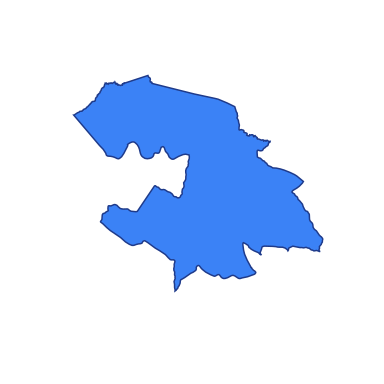 the district of Turkana South, Rift Valley, Kenya, rotated 118°
{"feature_id": "3690345B86728655085245", "entity_name": "Turkana South", "entity_type": "district", "adm_level": 2, "iso_a3": "KEN", "parent_name": "Kenya", "parent_adm1": "Rift Valley", "projection": "mercator", "projection_center": [35.73, 2.378], "detail": "fine", "context": "isolated", "style": "filled", "palette": "blue", "viewbox_px": 384, "rotation_deg": 118, "n_neighbors": 0, "source": "geoboundaries", "source_scale": "gbopen_adm2", "svg_char_len": 6085}
<svg xmlns="http://www.w3.org/2000/svg" viewBox="0 0 384 384"><g transform="rotate(118 192 192)"><path d="M109.8,285.6L127.0,302.1L127.4,303.1L128.1,302.8L129.0,304.1L129.4,303.8L129.9,303.9L130.3,303.7L130.6,304.5L131.4,304.9L131.7,306.6L132.2,307.2L131.8,307.6L132.3,308.0L131.4,309.1L131.6,309.8L132.4,309.8L132.4,310.0L131.9,310.5L131.7,311.3L131.2,311.5L131.0,311.8L131.7,311.8L132.1,312.7L133.5,313.3L133.5,314.3L134.1,314.6L134.1,315.4L134.5,315.6L135.0,316.5L135.6,316.4L135.4,316.8L135.6,317.1L136.1,317.2L136.1,317.5L136.5,317.8L136.0,318.9L136.3,319.2L136.7,319.1L136.7,319.6L137.1,319.4L137.8,319.7L140.4,319.0L141.0,319.4L141.6,319.4L142.1,320.0L143.0,320.2L143.9,320.3L144.3,320.0L144.9,319.9L146.6,320.2L147.4,319.8L149.5,320.6L150.0,320.4L150.6,321.0L151.1,321.1L151.6,320.6L152.7,320.6L153.2,320.9L154.5,321.1L156.8,320.3L157.2,320.6L157.6,320.6L158.8,322.3L159.5,322.5L159.8,322.9L160.9,322.8L161.8,323.3L162.1,323.1L164.0,323.8L165.9,324.2L166.6,324.8L168.1,324.9L170.1,326.6L170.7,326.5L171.7,327.1L172.4,327.1L173.3,328.8L174.5,329.2L175.8,330.3L179.2,332.1L179.6,332.6L194.3,295.6L196.0,290.4L198.2,286.4L199.4,285.2L199.8,284.5L199.8,283.2L198.6,280.4L198.0,278.3L197.7,276.2L197.6,273.9L197.3,272.7L196.8,272.1L196.0,271.6L193.9,270.7L189.9,270.3L181.8,270.4L181.0,270.6L180.3,271.2L178.6,270.4L177.3,269.5L176.3,268.7L175.4,267.5L175.1,266.4L175.2,265.1L175.9,262.6L177.3,260.3L178.8,258.6L182.1,255.7L183.1,254.5L183.8,253.4L184.2,252.0L184.4,249.4L183.6,247.1L182.3,245.3L180.8,243.8L179.0,243.1L177.7,243.1L176.2,243.5L175.1,243.1L174.7,242.7L173.7,240.2L172.8,239.5L171.8,239.4L167.1,240.2L165.7,239.2L165.5,238.6L165.8,237.4L168.6,234.4L169.7,231.3L171.9,228.5L172.4,226.5L172.4,225.2L172.0,224.2L171.3,223.4L166.9,220.6L163.2,217.5L161.6,215.4L160.7,212.0L162.0,211.0L163.8,210.1L166.8,209.7L168.6,208.4L169.8,208.2L170.5,207.7L171.1,207.6L174.0,208.0L176.0,207.6L177.5,206.8L179.6,205.2L181.0,204.8L183.4,203.6L184.9,203.4L187.8,203.7L190.6,201.7L192.4,201.4L194.0,201.8L196.9,200.8L197.4,200.2L197.9,199.9L199.0,199.8L200.2,200.3L201.8,200.0L203.3,200.8L204.0,202.3L203.7,203.6L204.3,205.3L204.4,206.1L203.0,208.7L202.6,211.2L203.1,213.5L202.8,216.9L203.1,218.2L204.1,219.6L204.5,220.7L204.3,222.2L203.6,223.7L204.0,225.2L203.7,227.3L203.9,227.7L204.5,228.0L234.8,231.2L235.7,232.2L237.6,236.8L237.6,238.5L237.2,240.2L237.3,241.1L239.3,244.6L239.9,246.2L240.2,247.7L239.7,250.0L239.0,252.0L239.1,253.6L239.6,254.8L242.3,257.0L243.2,259.0L243.7,259.3L244.4,259.2L246.6,258.2L247.5,257.3L247.9,257.2L250.5,258.8L251.5,259.0L252.8,260.4L254.3,260.5L258.6,258.6L260.9,258.9L261.2,258.8L261.4,258.6L261.9,255.7L263.4,250.6L264.4,246.0L265.7,233.8L267.3,227.3L267.6,222.9L267.3,219.9L266.4,218.3L264.3,216.4L262.9,214.8L261.9,213.3L260.8,212.2L258.6,212.1L257.4,211.2L257.2,210.6L257.4,207.4L258.8,198.1L259.0,193.1L259.7,186.1L261.2,182.0L261.9,179.4L261.5,178.1L260.5,176.4L260.6,175.2L261.4,174.4L264.2,173.8L266.1,172.7L268.2,172.1L269.8,171.1L270.5,170.0L271.2,169.5L273.4,168.5L274.2,167.4L275.3,167.0L276.1,166.3L279.5,165.8L281.7,164.1L284.6,162.5L286.4,160.9L287.4,160.5L286.2,159.9L285.4,159.9L284.2,159.5L283.4,159.4L282.3,159.7L280.8,159.4L278.1,159.7L275.6,160.7L274.5,160.6L274.1,160.2L271.0,158.3L264.3,154.9L262.4,153.4L259.5,151.9L258.0,152.0L256.7,152.8L255.5,152.9L254.4,152.4L253.9,151.9L253.7,151.1L253.9,150.4L255.0,148.1L255.5,146.5L256.3,142.3L256.3,136.7L255.9,132.8L255.2,131.9L252.8,130.4L252.3,129.4L252.4,128.6L253.6,126.0L253.7,124.5L253.5,123.4L252.8,122.2L250.9,120.3L247.3,117.9L246.3,116.7L246.0,114.9L246.4,110.6L246.2,109.6L245.8,108.9L244.3,107.4L240.7,103.1L235.6,98.5L234.8,98.0L233.4,97.8L232.9,98.1L232.3,99.6L232.3,100.8L231.3,103.6L230.8,103.9L230.8,104.8L230.4,105.1L226.3,111.3L222.2,116.4L219.2,119.1L214.6,122.4L213.2,123.0L212.6,122.8L212.5,120.4L212.7,119.2L212.7,117.8L213.2,116.8L214.2,115.6L214.3,114.3L214.7,113.0L214.8,109.5L214.4,105.1L214.6,104.0L215.1,102.9L215.1,101.7L214.8,101.6L214.2,102.9L213.4,103.4L209.8,103.8L208.0,104.3L207.1,104.1L205.8,102.7L202.2,95.4L200.9,92.4L200.3,90.2L198.2,86.0L197.8,83.4L198.2,80.7L198.9,79.7L197.9,79.6L196.6,80.1L195.9,80.1L192.5,77.6L190.4,70.6L189.6,69.2L188.9,67.2L187.3,65.3L187.1,63.4L186.6,61.9L187.1,60.3L187.1,59.3L186.7,58.2L186.8,56.9L186.3,56.0L185.2,54.7L184.7,52.3L184.8,51.7L184.6,51.4L184.3,51.5L184.0,52.4L183.3,52.8L182.1,52.9L180.3,53.9L177.7,53.3L176.3,53.5L175.0,53.4L173.8,54.0L172.5,54.3L171.7,54.9L170.9,56.7L170.8,57.6L170.3,59.4L167.9,63.9L167.5,66.4L166.4,68.4L164.0,70.1L163.1,71.1L162.1,74.1L161.1,75.3L156.9,77.8L156.4,78.3L155.7,79.8L155.2,80.4L155.0,81.1L155.3,82.6L154.7,84.3L152.6,87.1L150.9,88.8L149.1,93.2L148.8,94.8L147.5,96.0L146.8,97.2L146.8,98.5L146.5,99.4L145.6,100.6L145.5,102.6L145.2,103.6L144.9,103.8L143.8,103.8L142.5,103.2L139.4,101.3L136.4,99.9L132.2,98.7L130.4,98.6L128.7,106.9L128.5,109.6L128.7,114.4L129.4,120.8L130.2,124.9L131.3,128.7L132.8,132.0L132.6,134.2L132.9,136.7L132.8,137.7L131.6,139.6L131.6,141.1L130.9,142.3L130.8,143.3L131.1,144.0L130.1,147.4L130.5,149.1L130.4,150.7L126.4,153.2L125.2,153.7L124.6,153.7L124.1,153.4L123.6,151.1L122.7,149.7L121.8,149.2L120.0,149.2L118.5,148.3L117.5,148.1L115.5,146.9L114.6,146.9L112.9,147.4L111.4,146.6L110.6,146.8L111.4,148.0L111.0,149.6L111.1,150.1L112.2,150.4L112.4,150.7L112.1,151.8L113.3,152.6L112.7,153.3L112.6,153.8L113.6,155.0L113.9,158.0L114.5,159.0L114.3,159.6L113.4,159.9L113.1,161.6L112.6,162.8L112.9,163.1L113.9,163.1L114.2,163.6L113.1,164.7L113.1,165.6L113.5,166.3L114.1,166.8L114.4,168.0L115.4,167.7L115.8,168.0L116.2,169.8L116.1,170.4L115.0,170.5L114.5,170.9L114.4,171.6L114.9,174.0L114.6,174.4L113.8,174.7L113.3,175.5L113.8,177.9L114.9,179.0L115.0,179.4L114.9,179.7L112.9,180.8L111.3,181.3L110.5,181.7L109.0,183.2L107.0,184.7L105.5,187.0L103.4,187.4L102.8,188.1L101.2,189.1L100.3,190.6L96.6,194.3L96.9,202.8L97.8,212.5L98.5,215.3L104.4,236.0L114.9,278.3L114.3,278.6L114.0,279.1L114.0,279.9L114.4,280.2L114.4,280.4L113.5,281.3L112.4,281.5L111.5,282.1L111.0,282.9L110.9,284.4L109.8,285.6Z" fill="#3b82f6" stroke="#1e3a8a" stroke-width="1.5"/></g></svg>